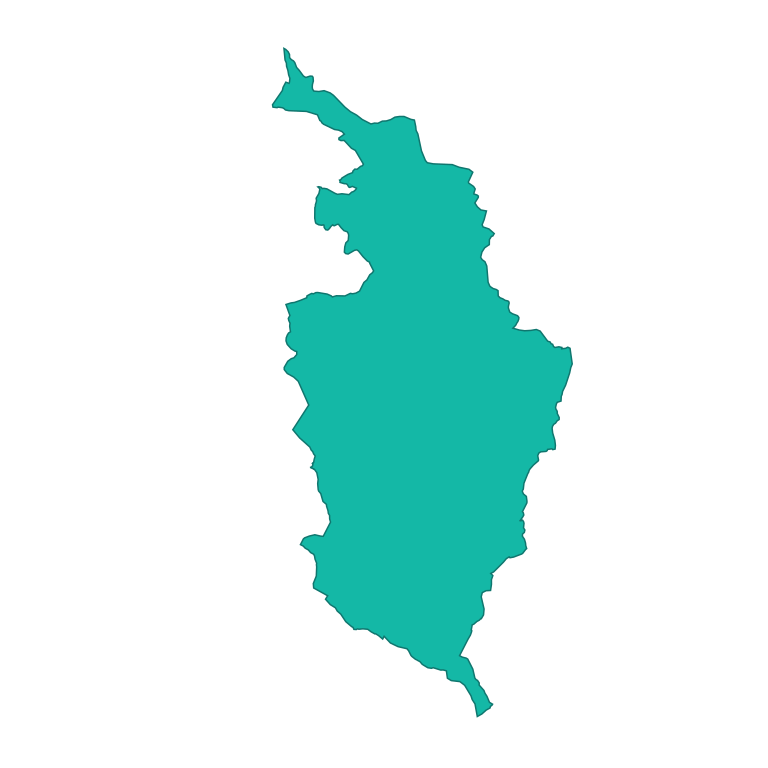 the district of Bradulet, Arges, Romania, rotated 29°
{"feature_id": "2599482B45671858727563", "entity_name": "Bradulet", "entity_type": "district", "adm_level": 2, "iso_a3": "ROU", "parent_name": "Romania", "parent_adm1": "Arges", "projection": "robinson", "projection_center": [24.745, 45.293], "detail": "fine", "context": "isolated", "style": "filled", "palette": "teal", "viewbox_px": 768, "rotation_deg": 29, "n_neighbors": 0, "source": "geoboundaries", "source_scale": "gbopen_adm2", "svg_char_len": 6170}
<svg xmlns="http://www.w3.org/2000/svg" viewBox="0 0 768 768"><g transform="rotate(29 384 384)"><path d="M538.9,275.2L529.4,262.6L526.9,262.7L525.6,264.7L522.4,267.0L521.9,265.8L518.9,266.7L515.8,269.2L514.1,269.0L512.2,267.5L510.7,267.8L508.9,266.7L506.4,267.2L494.9,262.0L490.8,262.5L486.5,265.9L481.3,269.2L476.2,271.2L469.7,272.7L470.7,268.9L470.6,265.9L470.8,264.5L470.4,261.9L469.7,260.4L467.7,259.5L462.3,260.3L459.1,260.1L455.9,257.2L455.1,255.6L454.2,252.5L453.2,251.5L452.2,251.3L449.2,252.1L446.7,251.9L443.6,252.3L441.2,251.6L438.5,247.1L436.5,246.9L433.1,247.6L429.8,247.3L428.8,246.9L425.7,244.5L416.7,231.0L413.0,228.1L409.6,227.7L407.1,226.3L405.7,221.1L406.0,216.1L408.5,211.0L406.2,206.6L406.4,202.8L407.4,201.8L407.5,199.0L400.7,197.5L394.5,198.6L392.6,197.1L391.9,191.7L389.7,183.0L384.4,184.8L379.8,183.8L375.7,181.6L376.0,175.1L375.4,173.9L373.9,173.6L370.5,174.2L370.1,173.5L369.2,169.2L366.6,167.8L360.6,167.2L359.8,166.3L359.0,155.7L354.2,155.0L344.6,158.0L337.4,159.0L320.5,167.5L314.6,169.5L311.8,168.4L303.7,161.9L292.4,148.9L289.1,146.6L286.9,143.4L282.6,138.4L279.2,139.5L271.9,140.3L268.0,142.4L264.2,145.3L261.7,149.5L258.5,152.8L255.1,154.9L252.3,158.9L249.2,160.4L246.5,162.9L236.8,163.2L229.8,162.1L222.6,162.1L215.6,160.8L199.8,156.0L195.7,155.5L189.4,156.5L185.2,159.8L180.7,161.8L178.6,160.8L177.3,159.1L176.2,156.7L175.3,153.2L173.2,150.1L172.0,149.6L170.1,150.5L167.0,153.8L164.2,153.7L157.4,150.6L154.1,149.5L150.1,146.1L148.2,145.3L145.6,145.2L143.2,144.3L141.6,141.6L139.1,139.9L135.8,139.0L133.8,139.0L140.4,148.6L143.0,150.6L144.8,153.4L147.9,156.3L150.7,159.8L153.5,162.3L155.0,165.8L155.2,167.1L151.8,167.6L151.9,173.4L152.8,176.6L151.1,193.8L152.7,195.7L156.6,194.1L157.1,193.2L161.3,191.6L163.1,191.6L164.9,192.1L168.2,191.1L184.0,183.2L195.3,180.8L200.1,184.6L201.6,184.7L203.1,185.7L205.3,186.1L217.3,185.4L221.1,184.0L224.9,183.6L228.2,184.7L225.3,190.7L226.1,192.1L228.3,192.0L231.1,190.3L241.2,193.6L245.7,193.6L259.4,201.7L259.3,203.6L258.0,205.0L256.4,209.2L254.3,210.2L253.6,212.7L254.0,214.4L250.8,218.2L247.4,224.1L247.1,226.4L246.3,227.2L247.6,228.3L247.8,229.0L252.0,228.1L253.9,227.2L255.2,227.3L257.7,228.8L258.7,228.7L260.6,226.5L265.0,226.1L265.1,227.4L264.6,229.1L263.9,230.6L262.7,231.9L261.6,235.3L255.0,238.0L251.3,240.7L248.5,241.0L239.5,241.0L236.6,242.0L235.3,243.0L233.6,242.4L231.2,243.1L230.6,243.7L232.4,244.1L233.5,244.9L234.7,248.9L234.6,254.4L236.0,256.2L236.5,257.6L237.1,260.5L237.8,261.8L238.0,263.2L243.0,272.5L245.5,275.6L246.7,276.5L249.8,276.4L252.8,275.2L253.6,274.3L254.5,274.2L255.8,276.1L258.3,277.3L260.2,276.6L260.9,274.6L261.2,271.8L262.0,269.6L263.1,269.9L263.9,269.6L265.7,267.0L266.8,266.4L270.7,268.1L274.6,269.3L278.1,268.7L279.9,269.8L281.0,271.1L283.1,275.8L282.2,279.1L283.2,283.1L285.4,287.9L287.3,288.5L289.6,287.7L293.4,281.4L295.1,279.9L297.1,280.0L303.9,282.8L309.6,284.5L312.3,284.5L313.1,285.4L320.1,290.1L319.9,292.3L318.6,295.4L318.6,301.2L317.2,304.9L317.6,314.6L315.4,318.1L312.8,320.3L310.7,321.0L307.2,325.9L299.6,329.9L296.6,332.9L295.1,332.5L290.7,332.9L281.7,336.1L280.1,337.1L278.5,339.4L276.9,339.8L275.6,341.6L273.9,344.3L274.6,346.0L270.5,351.2L266.1,356.1L263.3,358.2L259.7,362.0L268.5,369.7L268.5,373.0L269.9,374.6L272.3,376.4L273.5,379.2L276.9,383.7L275.8,385.7L275.7,388.0L276.1,391.0L277.4,393.8L280.2,396.3L285.7,398.2L290.2,398.4L291.9,397.9L293.4,400.5L292.5,404.8L290.6,406.8L288.8,410.8L288.7,417.9L289.8,419.8L294.3,421.7L301.7,421.7L307.7,423.2L328.4,438.9L326.4,468.2L336.5,472.1L349.7,475.1L352.4,477.1L354.4,477.7L356.4,479.3L358.4,480.1L358.8,480.7L359.4,483.5L360.5,486.8L360.3,487.4L359.9,487.6L359.9,488.3L360.5,488.3L361.2,490.1L361.0,490.8L361.2,491.2L360.2,492.4L360.4,492.7L363.1,492.5L363.5,492.2L363.9,492.6L364.8,492.5L368.2,494.1L372.7,499.4L374.3,503.3L377.6,508.2L378.7,509.3L381.8,510.5L387.6,516.3L392.0,517.2L393.0,518.7L396.5,522.0L398.0,524.1L400.1,525.3L401.9,528.4L404.2,530.7L404.7,546.7L402.5,547.7L396.6,549.4L392.4,553.2L389.2,557.0L388.6,558.6L388.8,565.0L391.9,564.9L394.7,565.8L398.3,565.8L401.5,567.0L405.0,567.0L406.5,568.0L408.7,570.7L412.0,573.4L412.5,574.8L413.8,576.6L417.9,584.8L418.9,592.8L421.4,596.5L437.4,596.5L437.2,600.6L444.0,603.0L450.0,603.3L453.3,605.3L457.7,606.2L465.8,610.4L473.3,611.9L475.0,611.9L476.6,613.2L478.8,612.2L479.4,611.1L481.0,610.6L484.2,608.4L488.7,606.4L492.9,607.0L497.2,607.0L497.8,606.5L501.3,606.7L506.5,607.7L506.4,604.6L515.2,607.4L523.6,606.9L532.4,604.4L534.9,605.4L539.3,608.4L540.6,608.8L544.8,609.5L550.1,609.4L553.5,610.7L559.9,610.9L563.4,609.6L564.5,608.3L572.3,606.7L574.4,605.4L577.6,604.6L582.1,610.6L586.6,610.8L594.7,607.5L600.6,608.4L611.2,614.5L614.1,617.2L618.7,619.7L626.8,629.6L629.6,625.1L631.5,619.6L633.8,616.0L633.4,614.4L634.2,612.5L634.2,611.4L630.6,611.3L625.4,607.2L622.2,605.5L620.0,603.6L613.2,601.2L612.2,599.3L609.5,597.9L607.9,597.9L606.1,597.2L599.9,590.3L590.6,584.0L588.7,583.9L585.0,584.9L581.8,585.0L581.2,566.4L581.3,561.7L580.7,558.1L580.2,557.0L579.6,556.9L577.9,551.9L579.0,550.5L580.4,546.6L581.8,544.5L582.5,542.0L582.9,542.0L583.0,537.7L580.6,532.3L572.2,523.0L571.1,518.8L573.5,515.3L577.3,512.9L575.1,507.1L572.8,503.0L572.1,498.8L569.2,497.9L571.0,495.2L574.8,482.0L575.7,477.4L577.3,474.5L578.4,474.9L581.3,472.5L586.8,466.0L587.4,464.9L588.1,460.1L588.6,458.8L586.4,456.7L584.9,454.5L582.1,451.7L578.8,450.0L577.9,447.9L578.7,445.8L578.0,443.4L575.8,442.2L574.0,438.0L572.9,436.8L571.2,435.9L570.0,437.3L569.3,437.5L569.8,433.1L569.8,430.8L568.3,429.1L567.0,428.6L566.6,418.7L565.8,417.1L563.0,413.3L559.3,412.6L557.2,411.0L556.8,410.1L556.8,408.4L554.5,402.9L553.2,392.6L553.3,391.3L552.8,389.0L552.9,387.4L554.0,382.4L556.2,376.4L556.0,375.5L553.2,372.2L552.9,369.4L553.9,367.4L558.4,364.4L559.0,363.2L558.8,361.9L562.3,359.3L563.4,359.6L565.2,358.0L563.7,354.6L560.6,350.3L555.3,345.1L552.5,341.2L551.9,339.3L552.0,337.0L553.0,335.1L553.3,332.2L554.4,330.2L553.5,328.4L549.6,325.6L549.2,324.5L547.9,323.3L546.8,322.9L545.4,321.3L544.4,317.7L544.4,316.0L547.1,313.1L545.0,308.8L544.8,306.8L543.8,303.9L543.4,296.9L541.0,284.3L539.4,279.1L538.9,275.2Z" fill="#14b8a6" stroke="#0f766e" stroke-width="1.5"/></g></svg>